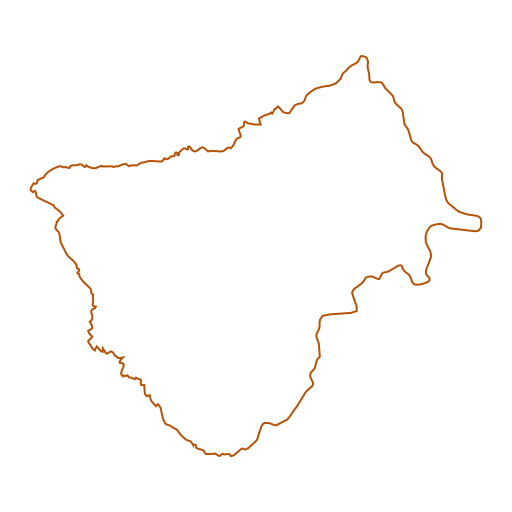 an SVG outline of Bamingui-Bangoran
{"feature_id": "CAF-806", "entity_name": "Bamingui-Bangoran", "entity_type": "Prefecture", "adm_level": 1, "iso_a3": "CAF", "parent_name": "Central African Republic", "parent_adm1": "", "projection": "robinson", "projection_center": [20.535, 8.397], "detail": "fine", "context": "isolated", "style": "outline", "palette": "amber", "viewbox_px": 512, "rotation_deg": 0, "n_neighbors": 0, "source": "natural_earth", "source_scale": "10m", "svg_char_len": 5978}
<svg xmlns="http://www.w3.org/2000/svg" viewBox="0 0 512 512"><path d="M277.7,106.5L279.2,107.5L283.0,112.0L285.7,112.9L287.9,113.3L289.0,113.1L289.8,112.7L291.6,109.6L292.5,108.6L294.4,105.7L295.1,105.2L298.4,103.8L300.5,103.6L301.6,103.2L302.3,102.9L303.8,101.5L304.6,100.3L305.6,97.3L306.3,95.8L307.1,94.9L310.0,92.3L314.4,89.3L316.5,88.3L323.3,86.5L329.4,85.8L335.3,83.7L336.5,82.9L340.7,78.7L341.0,78.0L342.0,75.0L342.5,74.1L343.3,73.1L345.9,70.9L348.5,67.9L351.3,65.7L356.5,62.9L358.1,61.5L360.6,56.5L361.3,56.1L362.0,56.0L365.1,56.8L366.2,57.3L366.9,58.4L367.9,61.3L368.0,62.5L367.6,65.3L367.6,67.0L369.1,74.0L369.5,79.8L369.9,80.9L370.5,81.7L371.7,82.3L373.6,82.5L376.8,82.1L380.1,82.2L381.9,82.8L383.0,84.3L385.2,88.0L392.7,95.7L393.2,96.6L394.3,101.2L395.3,102.9L396.6,104.5L401.3,108.7L402.2,110.4L402.9,113.0L404.2,122.6L404.6,124.3L405.4,125.8L407.6,128.6L408.5,130.7L411.2,139.9L411.9,141.5L413.0,142.6L416.4,144.5L417.9,145.6L419.2,147.0L422.4,151.7L424.2,153.4L428.9,156.5L430.3,157.8L431.6,160.3L432.1,162.4L433.1,164.7L434.8,167.1L440.7,171.5L441.9,172.9L442.1,174.3L441.8,178.3L445.4,197.1L446.6,200.5L448.4,203.3L458.0,211.1L460.0,212.1L467.2,214.4L476.8,215.8L478.9,216.8L480.2,217.9L480.9,219.1L481.3,222.5L480.9,227.7L478.5,230.6L475.6,231.3L450.6,228.4L448.3,227.7L443.4,224.7L440.5,223.9L437.7,224.1L435.0,224.6L431.5,225.7L430.6,226.4L429.4,227.7L427.8,229.9L426.7,232.1L425.9,234.7L425.6,237.4L425.7,241.0L425.9,242.1L426.4,243.7L430.5,251.9L431.0,255.0L430.9,256.9L430.6,258.2L426.3,269.3L425.9,271.3L425.9,272.9L426.4,274.5L427.3,275.7L429.0,277.4L429.6,278.5L429.6,279.8L428.5,281.5L425.9,282.8L422.1,284.0L418.5,284.7L415.6,284.7L413.6,283.9L412.3,282.3L410.7,277.8L409.8,275.8L408.6,274.4L405.5,272.1L404.1,270.7L403.1,269.3L401.9,266.2L401.3,265.5L400.2,265.3L397.9,265.8L389.3,271.0L387.0,271.9L383.3,272.6L382.4,273.1L381.7,274.1L380.3,277.5L379.4,278.9L378.3,279.1L372.2,276.6L370.3,276.4L368.2,276.8L365.8,277.6L364.1,280.5L362.7,282.4L360.4,284.4L355.6,287.8L353.3,289.9L352.1,292.4L352.8,295.5L356.6,305.9L356.7,311.0L351.0,312.9L330.6,314.3L322.7,315.8L320.0,319.7L319.5,322.9L319.6,325.6L319.4,327.6L318.9,329.2L316.6,333.8L316.4,335.5L316.5,337.1L318.8,343.6L319.8,356.7L317.3,359.3L316.1,362.7L315.1,367.2L314.6,368.5L310.9,372.5L310.3,374.3L310.2,376.4L310.6,377.7L312.5,381.5L312.9,382.8L313.0,384.2L312.7,385.3L311.9,386.4L307.1,390.6L305.6,392.3L296.8,406.6L294.8,409.1L289.5,416.9L288.7,417.7L287.3,419.5L278.2,424.2L276.8,425.2L274.6,425.1L273.2,424.7L270.2,423.4L269.0,423.1L264.5,423.0L263.0,423.9L261.5,426.1L258.0,436.5L257.5,438.9L256.2,440.8L248.3,448.1L245.4,449.5L242.6,448.6L241.9,448.6L240.6,449.4L234.3,455.0L232.1,455.9L231.2,456.0L230.3,455.7L229.7,454.4L229.0,454.0L224.8,454.3L224.2,454.5L222.7,453.7L221.5,454.3L219.8,456.0L218.0,455.4L215.1,453.4L214.1,454.0L212.0,453.8L208.8,454.1L205.9,454.0L204.6,452.5L203.7,450.6L201.5,449.7L198.9,449.0L196.6,448.1L196.1,447.3L195.7,445.0L194.0,444.5L193.1,444.5L193.1,445.0L190.8,441.5L190.0,441.0L187.4,440.4L184.9,438.7L180.8,435.0L177.2,430.1L175.8,429.0L172.9,427.6L170.0,425.5L166.8,424.6L165.0,423.1L162.9,418.5L160.5,407.6L158.0,404.2L157.5,404.3L157.0,404.8L156.2,406.2L154.7,405.0L151.7,401.4L151.0,400.2L150.4,398.8L149.9,395.3L149.1,395.3L147.1,396.3L144.9,393.9L144.2,384.9L141.4,385.2L140.7,383.8L141.0,380.8L140.5,379.4L139.1,379.3L135.9,377.7L135.3,378.9L134.5,379.0L130.4,377.5L129.1,377.4L127.4,375.3L125.8,376.1L123.8,375.5L122.9,376.4L121.0,373.8L121.8,370.7L123.3,367.4L123.8,364.4L123.1,363.4L119.9,362.9L119.6,361.6L120.6,360.0L123.0,357.4L119.5,358.1L118.0,358.0L116.8,356.5L115.4,356.1L112.9,352.4L111.1,351.4L110.0,351.8L107.8,353.4L106.3,353.4L105.6,352.7L102.9,348.4L102.6,351.8L100.9,351.2L96.7,346.4L95.2,349.3L94.9,350.4L92.9,349.1L88.3,342.0L88.3,340.7L91.5,337.9L92.2,336.5L91.2,335.7L89.2,333.3L88.2,330.8L92.2,328.5L92.0,326.0L90.8,323.3L89.7,321.7L91.5,320.3L92.2,318.8L92.3,315.1L91.5,313.4L91.2,312.0L91.4,310.6L92.4,309.4L94.9,308.1L95.8,306.6L93.3,306.1L92.6,304.4L93.2,300.6L92.8,295.9L93.2,294.7L91.5,293.5L91.2,292.2L91.2,290.7L90.6,288.7L83.9,282.3L81.2,279.1L79.3,276.0L79.2,273.8L77.4,273.2L77.6,272.4L78.7,271.2L79.2,269.9L78.7,269.0L77.0,268.4L76.7,267.3L76.5,265.4L76.3,264.7L73.7,261.1L68.9,257.0L67.0,254.8L60.9,242.9L60.2,239.5L59.8,235.6L58.8,232.1L55.6,229.0L55.5,226.6L56.9,222.6L56.6,221.8L57.8,221.1L59.0,218.8L63.2,215.6L60.6,212.2L56.8,209.0L54.7,207.6L53.6,205.3L38.3,197.9L36.8,196.7L36.2,194.7L35.8,192.3L35.0,190.9L32.9,192.2L30.7,190.2L30.7,188.1L33.7,183.2L34.8,183.8L36.0,183.7L36.9,183.1L37.5,180.2L38.3,179.7L39.3,179.5L41.3,178.2L43.8,177.3L44.3,176.8L44.6,175.7L45.4,174.7L47.3,172.8L50.2,170.5L55.2,167.8L60.3,166.1L63.6,167.3L65.6,167.1L69.0,168.0L69.7,167.8L70.4,166.1L71.9,165.4L77.2,165.1L79.8,164.3L81.0,164.3L82.6,165.2L83.9,166.5L85.2,167.0L86.4,165.3L87.8,166.5L90.0,167.4L92.4,168.1L94.6,168.3L96.3,167.9L101.2,165.8L102.4,166.5L112.2,166.3L113.3,167.0L114.0,167.1L115.2,166.3L118.2,166.4L121.9,164.7L125.8,163.8L129.2,166.3L131.3,165.3L136.9,165.4L138.0,164.8L138.7,164.1L141.7,162.6L144.3,162.3L147.7,161.3L150.4,160.9L161.1,161.6L162.7,160.8L164.3,158.3L166.1,159.3L168.0,158.8L171.3,156.3L174.3,156.1L175.2,153.2L175.6,152.6L176.1,152.4L177.1,152.9L177.5,155.1L178.3,155.3L179.1,154.7L178.8,153.2L179.2,152.4L183.0,148.8L184.0,148.3L185.1,148.5L186.8,149.3L187.9,149.4L188.1,146.9L189.2,146.4L190.2,147.2L191.3,148.9L192.8,150.7L195.0,151.5L196.9,150.8L200.5,148.0L202.4,147.3L203.7,147.7L205.2,148.8L208.1,151.5L210.6,150.8L221.2,151.5L223.6,150.9L227.9,147.7L229.3,147.6L230.8,148.3L233.4,145.2L235.0,141.6L236.8,138.6L240.0,137.4L240.8,135.8L239.5,132.4L238.6,129.0L240.9,127.5L242.5,127.2L243.4,126.3L243.9,124.9L244.0,123.1L244.5,121.6L245.6,121.8L248.4,123.6L251.0,123.6L253.1,124.4L254.0,124.5L260.6,124.5L258.9,118.5L264.1,115.6L269.9,113.6L271.1,112.5L272.1,113.6L273.2,112.2L274.5,109.1L276.5,108.2L277.2,106.9L277.7,106.5Z" fill="none" stroke="#b45309" stroke-width="2"/></svg>